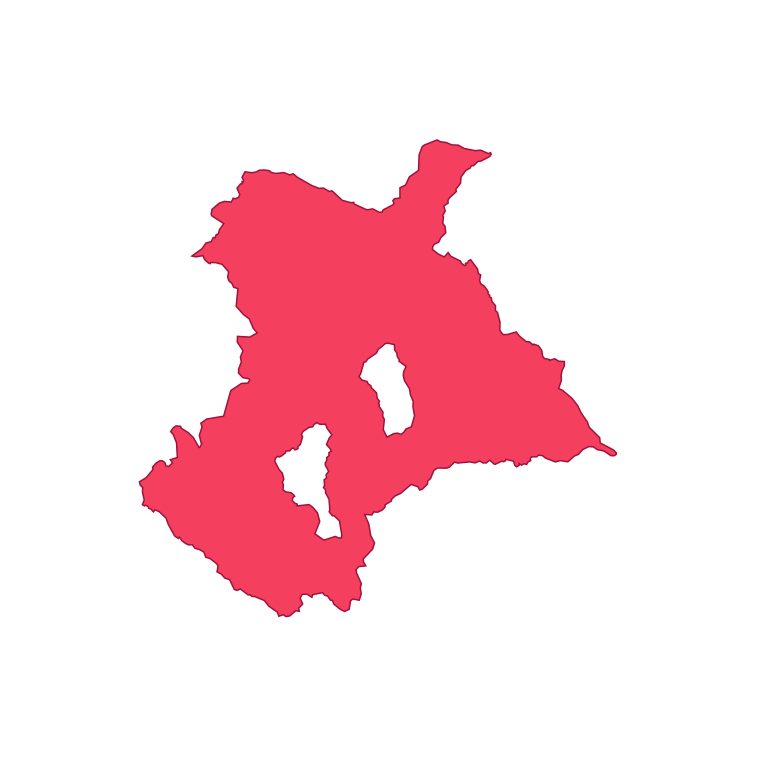 Cañar, Cañar, Ecuador (Natural Earth projection), rotated 120°
{"feature_id": "8360857B37850433241159", "entity_name": "Cañar", "entity_type": "district", "adm_level": 2, "iso_a3": "ECU", "parent_name": "Ecuador", "parent_adm1": "Cañar", "projection": "natural_earth1", "projection_center": [-79.04, -2.473], "detail": "fine", "context": "isolated", "style": "filled", "palette": "rose", "viewbox_px": 768, "rotation_deg": 120, "n_neighbors": 0, "source": "geoboundaries", "source_scale": "gbopen_adm2", "svg_char_len": 6173}
<svg xmlns="http://www.w3.org/2000/svg" viewBox="0 0 768 768"><g transform="rotate(120 384 384)"><path d="M583.6,297.3L577.1,298.8L572.2,302.7L568.3,303.7L561.4,313.3L558.6,315.4L554.8,314.6L550.6,308.9L548.2,312.9L545.9,314.5L532.7,311.3L526.4,312.7L521.8,319.8L512.8,327.2L506.7,335.5L503.4,329.0L500.0,329.0L498.1,325.3L494.2,322.6L490.1,321.5L488.2,322.7L481.6,319.1L479.9,319.8L475.4,318.4L470.4,314.9L457.4,310.3L456.0,303.0L458.0,300.2L456.3,298.4L449.1,296.3L445.9,297.6L442.7,296.4L433.8,297.6L429.9,295.5L425.5,287.6L423.3,285.8L416.4,283.9L415.6,280.6L408.5,270.7L406.8,265.7L402.8,262.6L402.9,259.0L401.3,256.0L397.1,254.4L398.3,248.5L397.8,247.4L392.1,243.6L391.5,241.5L389.9,240.4L388.3,240.7L386.1,233.2L389.1,230.0L389.4,227.7L387.0,226.3L385.4,227.2L385.5,224.3L383.1,223.0L382.4,220.2L379.8,220.4L377.0,218.6L376.0,219.8L373.5,220.0L370.6,215.2L368.4,214.8L366.8,210.9L367.4,207.3L365.8,196.7L362.2,193.0L359.4,185.8L351.2,183.1L347.7,180.4L341.4,179.1L335.8,175.3L333.8,171.3L334.2,166.4L332.0,160.0L332.6,151.7L331.1,148.8L328.9,147.7L327.5,148.4L326.4,152.2L326.9,167.3L322.6,170.4L318.9,184.6L315.1,189.0L310.7,198.4L305.9,205.5L302.5,213.7L300.2,226.0L300.6,230.5L291.9,232.2L288.3,234.8L283.0,236.6L278.2,236.8L274.3,239.0L276.9,244.1L276.7,248.7L280.8,252.5L280.1,252.9L281.7,257.9L280.6,260.5L276.0,264.2L273.7,269.4L274.6,274.2L275.6,274.4L274.8,279.2L276.2,282.4L274.7,290.9L272.8,295.5L279.4,301.9L281.5,305.1L281.3,306.9L279.5,310.6L272.4,314.5L265.3,321.5L264.6,324.3L260.5,326.5L258.5,331.8L255.6,334.3L255.8,336.1L254.3,336.8L253.9,339.0L252.2,339.8L250.7,342.3L249.1,346.2L248.8,350.4L246.5,353.0L241.2,354.7L241.2,357.5L237.7,360.4L233.0,371.1L235.2,372.4L237.1,372.1L238.7,373.8L240.4,372.5L241.1,373.6L240.8,377.0L239.3,379.4L240.0,390.0L238.1,394.2L243.8,395.3L244.3,401.9L243.3,409.2L240.5,410.6L237.9,410.3L233.8,407.5L229.1,408.0L222.2,406.1L216.9,410.0L215.5,413.4L209.7,416.0L208.7,417.4L203.6,417.4L200.0,421.2L195.2,418.9L193.4,420.3L190.4,420.5L181.2,417.6L179.4,419.1L171.9,418.1L166.0,420.8L158.2,419.9L154.0,417.4L151.6,417.5L150.0,415.6L144.3,413.9L142.4,411.4L134.1,406.2L131.5,406.0L130.3,407.4L132.2,408.8L133.2,417.3L136.3,421.6L139.9,432.3L140.0,439.1L143.0,444.8L143.7,450.7L146.1,456.6L146.0,460.0L156.9,468.6L159.2,469.6L167.9,468.2L181.8,460.9L191.9,465.6L200.9,464.8L206.1,468.3L214.9,463.2L218.5,467.7L220.8,468.0L222.3,465.9L224.1,465.7L233.6,471.8L235.9,471.6L237.6,473.8L238.0,481.4L241.7,485.8L243.1,499.9L241.8,501.0L243.5,503.3L245.8,511.9L242.7,525.6L244.6,527.8L244.6,534.5L247.0,537.9L248.2,545.1L248.3,562.4L247.3,567.7L250.1,570.2L251.0,576.5L255.8,583.1L257.1,587.0L256.6,590.0L258.5,594.7L261.4,599.1L264.1,600.5L267.1,604.1L269.7,610.5L276.0,610.3L277.7,607.6L279.8,607.0L279.8,608.0L281.7,607.0L282.4,608.3L287.9,609.2L292.1,603.6L295.1,603.3L298.1,605.6L298.4,607.5L302.7,607.2L305.8,613.7L310.0,617.2L318.8,620.3L323.4,618.6L324.5,617.0L325.2,603.0L332.8,603.7L336.0,602.7L337.9,602.9L338.4,604.0L341.9,603.4L342.5,605.1L347.1,604.8L350.9,608.7L357.7,609.2L369.2,614.3L367.9,610.4L363.4,605.0L365.8,601.8L367.0,596.6L366.7,594.7L365.5,594.9L363.0,590.3L361.3,584.1L364.5,574.7L369.7,572.8L372.2,569.8L373.1,565.7L375.4,562.5L374.4,558.2L390.6,550.9L394.1,540.5L395.0,533.2L401.1,525.2L403.2,519.3L410.5,523.7L416.0,534.7L421.0,532.1L425.7,522.7L432.4,521.9L436.2,518.6L443.7,517.4L447.3,515.4L449.1,509.3L447.0,503.7L447.4,502.3L451.2,502.3L454.9,507.8L466.3,513.4L492.1,506.8L502.8,519.9L509.5,523.0L512.2,520.1L520.7,518.3L526.4,513.0L526.4,512.0L531.0,511.9L531.5,512.5L525.7,522.3L524.0,529.1L523.7,537.3L522.4,539.1L524.2,543.1L527.2,544.6L532.0,544.9L532.9,541.6L538.6,534.3L551.0,526.2L556.4,531.2L557.9,527.8L563.0,529.1L563.9,531.8L561.6,534.6L561.3,537.4L562.5,539.7L566.5,541.9L571.8,542.9L573.5,541.3L583.9,543.1L591.0,546.9L593.6,544.3L594.3,541.2L598.3,539.2L604.3,533.7L609.3,532.9L609.4,530.6L608.1,529.8L608.2,526.8L609.2,525.7L608.9,523.0L610.1,519.8L607.4,519.4L607.0,514.7L609.1,505.7L613.4,500.7L620.3,489.3L620.6,485.0L618.9,484.7L620.8,480.5L621.3,476.2L621.1,473.0L619.1,469.6L620.8,465.5L619.6,460.8L619.7,455.8L623.2,451.7L622.1,447.7L623.3,439.2L624.6,436.7L630.2,434.7L630.0,429.7L631.7,424.8L630.6,419.9L636.8,410.9L636.1,407.8L633.3,406.1L634.6,396.2L633.5,394.6L634.0,392.2L632.7,389.6L631.3,379.4L634.0,372.7L634.9,362.3L637.7,358.9L634.2,355.9L634.4,352.5L631.9,349.6L624.5,347.0L623.2,343.7L620.8,345.8L615.2,344.4L611.4,349.5L607.2,349.7L604.5,345.7L604.8,339.8L602.0,340.4L595.4,332.8L596.6,329.9L595.9,326.7L598.0,322.3L597.2,320.5L599.7,317.3L601.0,309.5L600.7,304.4L596.6,301.5L588.3,304.6L585.8,303.5L583.6,297.3ZM522.1,367.6L524.0,362.8L523.0,361.4L524.9,354.1L535.9,345.0L538.6,344.0L540.1,346.5L540.3,349.9L549.3,358.0L548.3,368.9L535.2,370.9L528.8,377.3L526.4,384.0L525.9,388.6L533.0,398.3L531.4,399.1L531.8,401.6L530.8,405.2L527.7,406.1L525.9,405.2L525.3,406.4L524.6,410.1L526.5,415.1L526.2,418.6L521.4,420.8L520.1,422.8L516.5,423.2L512.1,427.3L510.5,432.2L505.5,440.0L502.6,440.8L500.0,440.1L499.5,438.1L497.4,436.7L492.8,434.9L491.2,435.5L488.9,432.1L485.7,431.6L484.6,430.0L485.6,428.8L485.1,427.5L482.8,426.2L481.3,427.3L478.3,426.2L470.4,428.1L469.0,430.3L465.6,430.4L458.8,427.1L456.9,424.4L453.8,424.3L450.9,422.6L451.0,419.6L448.1,414.4L451.0,410.9L454.1,403.7L457.9,404.4L465.2,403.6L467.1,397.9L468.7,396.1L470.9,397.4L473.7,395.8L476.4,396.9L479.1,395.3L481.8,395.4L483.7,394.2L487.3,388.3L491.6,388.8L494.2,386.8L496.9,388.0L501.5,384.8L504.0,384.6L504.7,381.9L507.4,380.3L511.3,374.0L519.9,368.1L522.1,367.6ZM396.4,341.6L407.4,338.9L412.0,342.5L415.6,342.6L419.1,344.1L419.8,347.7L422.0,350.7L428.5,354.9L423.9,361.8L414.5,366.0L412.4,369.1L408.9,370.8L405.8,377.1L404.0,377.8L403.5,379.2L401.2,379.2L399.8,382.7L395.4,386.1L393.5,393.2L392.1,394.4L391.7,398.0L390.3,399.8L391.6,405.3L389.8,409.5L386.9,409.3L375.2,412.3L373.9,410.8L370.6,410.6L360.9,406.0L357.1,406.3L348.2,403.0L346.7,401.1L344.7,394.7L349.4,391.6L350.6,388.6L353.9,385.9L355.4,382.8L356.8,382.4L357.8,373.6L363.3,373.2L367.0,371.6L370.9,367.9L375.2,359.8L380.1,355.7L384.5,350.0L389.2,347.6L396.4,341.6Z" fill="#f43f5e" stroke="#9f1239" stroke-width="1.5"/></g></svg>